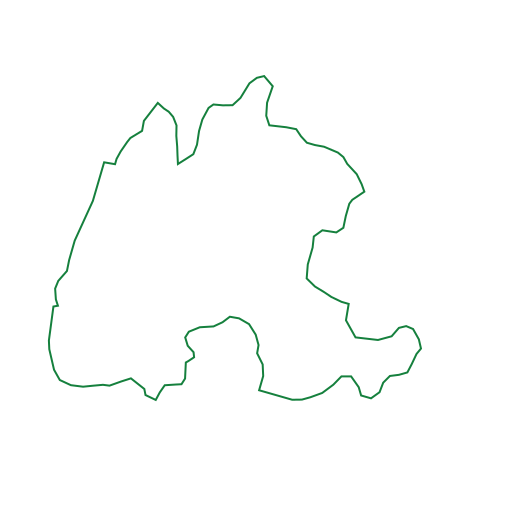 outline of Wonju-si, Gangwon, South Korea, rotated 16°
{"feature_id": "91817680B41990583973423", "entity_name": "Wonju-si", "entity_type": "district", "adm_level": 2, "iso_a3": "KOR", "parent_name": "South Korea", "parent_adm1": "Gangwon", "projection": "natural_earth1", "projection_center": [127.964, 37.315], "detail": "fine", "context": "isolated", "style": "outline", "palette": "green", "viewbox_px": 512, "rotation_deg": 16, "n_neighbors": 0, "source": "geoboundaries", "source_scale": "gbopen_adm2", "svg_char_len": 1776}
<svg xmlns="http://www.w3.org/2000/svg" viewBox="0 0 512 512"><g transform="rotate(16 256 256)"><path d="M119.4,135.9L111.0,157.0L112.0,167.1L102.7,177.2L100.8,181.8L97.1,192.8L95.2,201.1L95.2,206.6L84.2,207.8L84.0,248.0L77.5,291.2L77.5,311.4L78.4,322.5L72.8,334.4L71.9,342.7L75.6,352.9L79.3,358.4L75.2,360.4L80.2,394.3L83.0,402.6L87.6,410.9L93.2,421.0L101.6,429.3L113.7,431.2L125.8,429.3L135.1,425.6L144.4,422.0L150.9,421.0L161.1,413.7L169.5,408.1L185.3,414.6L188.1,420.1L199.3,422.0L201.1,413.7L203.9,405.4L214.2,401.7L219.7,399.8L221.6,393.4L217.9,377.7L219.7,375.9L224.4,370.4L222.5,365.7L215.1,361.1L210.4,353.8L212.3,347.3L221.6,340.0L234.6,335.4L242.1,328.9L247.6,321.6L256.9,320.6L268.1,323.4L277.4,331.7L283.0,340.9L283.9,349.2L292.3,358.4L296.0,369.4L296.0,384.2L330.4,384.2L339.7,381.4L347.2,376.8L357.4,369.4L365.8,358.4L371.3,348.2L380.6,345.5L390.9,353.8L395.5,361.1L405.8,361.1L412.3,352.9L413.2,342.7L417.8,334.4L426.2,330.8L433.6,326.2L435.5,316.9L437.3,305.9L440.1,299.5L435.5,291.2L427.1,282.9L419.7,282.0L413.2,285.7L408.5,295.8L396.4,303.1L374.1,306.8L360.2,293.0L358.3,276.5L350.9,276.5L339.7,274.6L331.3,271.9L321.1,269.1L310.9,263.6L308.1,249.8L308.1,232.3L306.2,221.3L312.7,213.0L326.7,211.2L332.2,204.8L331.3,192.8L331.3,180.0L333.1,175.4L342.4,164.3L337.8,157.9L330.3,149.6L318.3,142.3L312.7,136.8L306.2,134.0L291.3,132.2L282.0,133.1L273.7,133.1L266.2,128.5L259.7,123.0L249.5,123.9L232.8,126.7L227.2,118.4L224.4,105.6L225.3,88.2L214.2,80.8L207.7,84.5L202.1,91.8L197.5,108.3L191.9,117.5L182.6,120.3L173.3,122.1L169.6,126.7L166.8,139.6L166.8,151.5L168.6,165.3L167.7,175.4L162.1,181.8L155.6,189.1L152.8,180.9L150.1,172.6L146.3,162.5L143.6,152.4L138.0,145.1L132.4,141.4L126.8,139.6L119.4,135.9Z" fill="none" stroke="#15803d" stroke-width="2"/></g></svg>